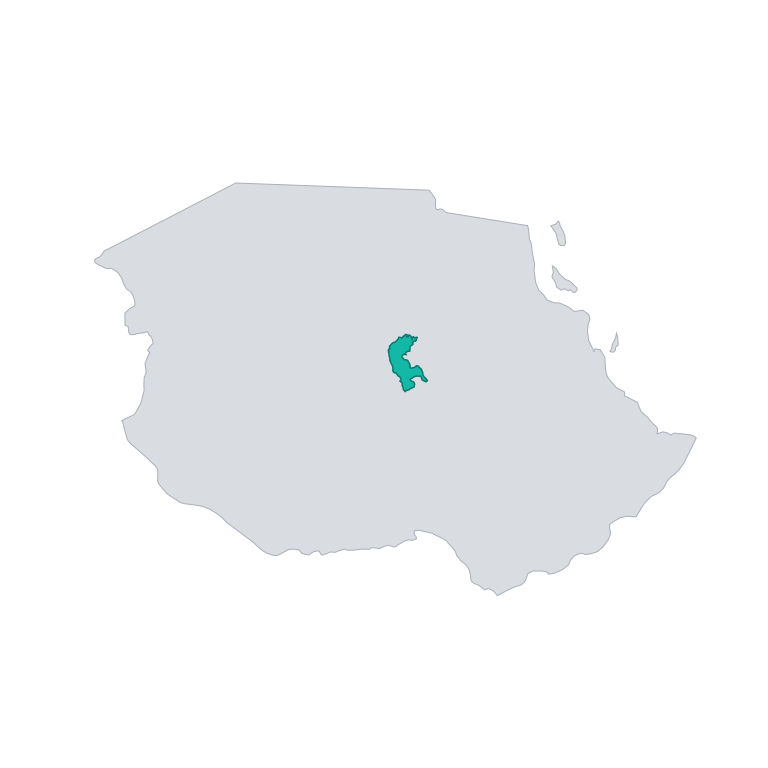 location of Bahi, Dodoma, United Republic of Tanzania, rotated 333°
{"feature_id": "72390352B69303654086019", "entity_name": "Bahi", "entity_type": "district", "adm_level": 2, "iso_a3": "TZA", "parent_name": "United Republic of Tanzania", "parent_adm1": "Dodoma", "projection": "orthographic", "projection_center": [35.527, -6.167], "detail": "fine", "context": "in_parent", "style": "filled", "palette": "teal", "viewbox_px": 768, "rotation_deg": 333, "n_neighbors": 0, "source": "geoboundaries", "source_scale": "gbopen_adm2", "svg_char_len": 8900}
<svg xmlns="http://www.w3.org/2000/svg" viewBox="0 0 768 768"><g transform="rotate(333 384 384)"><path d="M296.0,524.6L288.5,520.7L281.8,518.4L276.3,515.7L273.8,513.2L268.6,512.2L264.1,511.8L260.0,509.4L251.5,508.6L250.5,507.0L250.3,503.4L248.8,502.5L245.7,501.6L242.4,501.7L240.4,502.2L239.2,502.0L236.4,499.9L233.8,497.3L232.8,493.0L228.9,490.3L224.4,488.2L211.9,488.5L210.0,487.9L207.0,485.8L203.5,482.3L200.6,478.2L198.1,472.7L195.5,465.3L180.9,435.8L179.3,430.2L176.5,424.0L171.8,416.4L166.9,410.8L160.3,405.7L152.8,400.7L148.7,397.3L140.9,383.4L139.2,376.9L137.9,370.1L138.4,367.4L143.1,358.6L143.6,356.2L143.0,352.9L140.5,345.9L137.4,337.5L131.2,322.2L130.3,318.4L130.3,315.5L133.8,299.8L133.7,297.6L148.1,297.8L158.5,290.8L167.6,280.5L169.4,276.2L173.1,269.6L176.7,266.3L178.1,264.1L180.2,257.5L185.0,253.0L189.6,249.6L188.6,247.2L189.3,246.3L191.9,244.6L196.8,242.9L197.8,239.5L197.8,235.6L196.9,233.5L197.1,231.0L196.3,229.6L193.1,229.3L188.2,227.4L184.1,226.6L181.4,225.5L180.4,224.7L180.0,222.3L182.2,216.4L179.9,214.0L184.9,204.0L185.8,202.8L187.6,202.6L190.5,201.6L193.2,201.1L195.4,201.4L197.0,201.0L198.4,199.9L199.6,196.5L200.6,190.9L200.0,186.3L197.9,182.8L197.4,177.5L198.3,170.2L197.6,164.2L195.3,159.5L192.9,156.7L189.3,155.3L183.6,148.1L181.8,144.6L182.1,142.4L184.1,141.4L187.7,141.7L191.1,140.8L194.3,138.8L197.4,138.2L199.0,138.5L343.1,137.6L511.8,231.6L512.5,232.7L513.8,240.8L513.5,243.6L510.9,248.2L510.1,250.7L510.1,252.4L510.7,253.0L512.9,253.3L514.8,254.4L515.5,255.3L516.9,258.8L518.7,260.6L582.5,307.1L583.9,307.8L583.0,311.7L579.3,321.0L579.1,324.9L577.7,329.5L576.3,332.6L572.5,345.8L569.4,350.7L565.2,362.3L564.5,371.1L566.7,377.3L567.5,383.2L572.4,388.9L576.3,391.0L579.0,393.6L583.6,399.6L586.3,405.6L594.7,408.6L598.0,415.3L596.7,419.9L592.8,423.7L589.1,429.8L586.1,437.9L585.9,450.4L587.9,448.5L592.3,451.6L592.8,460.7L588.1,471.3L586.6,476.3L586.4,480.6L589.6,493.3L594.5,499.9L594.2,501.9L592.8,503.6L601.3,515.1L600.5,525.1L603.6,532.9L605.0,539.6L607.0,544.8L607.4,548.4L604.7,552.3L610.9,553.3L614.6,556.6L616.3,559.7L620.8,559.6L623.2,561.7L626.7,563.5L634.4,568.8L636.5,571.4L637.7,573.9L616.1,590.1L608.3,594.2L602.7,596.1L596.8,597.2L591.1,599.7L585.8,603.7L579.0,605.7L570.7,605.6L562.0,608.4L548.2,616.8L540.3,612.1L534.0,610.5L526.9,610.7L522.5,611.2L520.9,612.2L519.5,615.1L518.3,619.8L513.6,624.3L505.3,628.6L497.6,630.2L490.7,629.1L486.0,627.3L483.5,624.7L479.9,623.6L475.1,623.7L470.5,625.5L466.1,628.9L459.1,630.4L449.5,629.9L444.4,628.2L443.7,625.4L439.5,622.1L431.8,618.3L426.1,618.2L422.4,621.9L419.1,624.2L416.1,625.1L413.4,625.2L409.5,624.2L398.9,623.8L388.8,624.0L387.8,618.7L385.7,615.5L383.9,613.6L380.4,613.2L379.4,611.7L378.2,608.4L376.5,605.6L374.2,603.3L372.9,601.2L372.4,599.2L372.8,597.1L374.8,591.7L375.5,588.0L375.3,584.2L374.1,580.3L371.7,575.7L372.0,574.4L371.1,571.2L371.0,569.0L371.5,566.3L371.0,562.7L368.9,554.9L368.9,553.0L366.7,549.2L360.0,540.4L359.7,539.3L349.1,530.4L344.8,528.4L343.3,530.1L342.8,531.7L343.2,534.5L343.0,535.9L342.5,536.6L340.0,536.5L338.5,536.2L334.5,533.8L331.3,533.2L323.6,533.7L320.9,534.2L318.8,533.7L314.7,529.6L309.9,528.8L305.6,528.6L298.4,524.0L296.0,524.6ZM596.0,376.1L599.5,386.0L599.0,387.8L596.5,388.9L595.2,389.0L593.7,387.4L592.7,384.1L590.8,384.9L587.6,380.9L584.4,380.7L581.7,375.9L582.8,371.8L582.2,364.8L585.7,361.3L587.6,355.2L589.8,359.4L590.3,365.8L593.2,373.4L596.0,376.1ZM613.3,317.9L613.6,320.2L612.8,322.4L612.9,329.3L612.6,333.9L610.0,340.3L607.8,342.6L605.9,341.9L604.4,340.8L603.2,339.1L605.7,327.4L604.5,318.7L609.4,319.6L613.3,317.9ZM605.1,459.2L602.6,459.8L601.7,459.2L600.2,457.3L602.8,455.7L605.4,452.5L611.4,447.9L614.2,444.2L613.7,447.8L610.3,455.7L607.4,456.2L605.1,459.2Z" fill="#d9dde1" stroke="#a8b0b8" stroke-width="1"/><path d="M423.0,350.3L422.7,350.4L422.3,350.5L422.0,350.5L421.8,350.6L421.1,351.0L420.9,351.2L420.7,351.1L420.4,350.8L420.2,350.5L420.1,350.4L419.7,350.0L419.3,349.6L418.9,349.4L418.6,349.1L418.4,349.1L417.7,349.7L417.2,350.1L415.8,350.9L415.4,351.0L414.4,351.3L413.9,351.4L413.3,351.6L413.2,351.7L412.9,351.7L412.1,351.9L411.6,351.4L410.7,351.3L410.3,351.4L409.3,351.6L409.0,351.8L408.6,351.9L408.1,352.1L407.8,352.2L407.5,352.3L407.3,352.4L406.9,352.6L406.6,352.6L406.4,352.8L406.2,352.8L406.1,353.1L405.9,353.2L405.9,353.4L405.9,353.5L405.7,353.7L405.7,353.9L405.7,354.1L405.6,354.3L405.4,354.3L405.2,354.5L404.9,354.7L405.0,354.8L404.9,354.8L404.7,354.9L404.7,355.0L404.6,355.3L404.4,355.3L404.3,355.2L404.1,355.3L404.1,355.2L404.0,355.4L403.9,355.4L403.7,355.4L403.7,355.5L403.7,355.8L403.4,356.1L403.0,356.3L403.0,356.5L403.0,356.9L402.8,356.9L402.6,357.2L402.5,357.7L402.5,357.9L402.3,358.3L402.3,358.6L402.2,359.1L402.1,359.9L402.1,360.0L401.9,360.3L401.8,360.5L401.5,360.8L401.4,361.0L401.2,362.3L401.1,362.7L400.9,363.0L400.6,364.2L400.5,364.6L400.4,364.8L400.4,365.0L400.2,365.2L400.1,365.3L399.9,365.6L399.9,366.5L399.9,367.0L399.9,367.3L399.9,367.5L399.8,368.6L399.7,370.6L399.7,371.7L399.7,372.1L399.7,372.4L399.4,373.1L399.1,373.9L398.6,374.8L398.3,375.4L397.9,375.9L397.9,376.0L397.8,376.9L397.8,377.1L397.9,377.5L398.0,377.8L398.1,378.3L398.3,378.6L398.7,378.9L398.7,379.0L399.2,379.1L399.3,379.1L399.5,379.2L399.5,379.4L399.5,379.8L399.8,380.4L399.9,380.8L400.0,381.1L400.0,381.6L400.0,381.9L400.1,382.5L400.3,383.3L400.6,383.5L400.7,383.8L400.8,384.3L401.0,384.5L401.3,384.8L401.5,385.1L401.4,385.6L401.4,386.3L401.4,386.9L401.4,387.4L401.3,387.6L401.2,387.8L400.5,388.1L399.9,388.4L399.7,388.5L399.5,388.9L399.8,389.4L400.3,390.5L400.7,391.2L400.7,391.4L400.6,391.8L400.4,392.0L400.0,392.5L399.9,392.7L399.7,393.0L399.4,394.3L399.4,394.5L399.5,395.2L399.5,395.5L399.5,395.9L399.2,396.5L398.8,397.3L398.7,397.6L398.7,397.9L398.7,398.0L399.1,398.9L399.4,400.4L400.3,400.2L401.4,399.9L402.0,400.2L402.7,400.2L403.2,400.5L404.2,400.4L404.5,400.3L404.7,400.2L405.7,400.1L407.9,400.3L408.4,400.3L409.3,400.4L409.9,399.8L410.1,399.6L410.5,399.0L410.9,398.3L411.2,397.9L411.4,397.6L411.4,397.1L411.4,396.5L411.4,396.0L411.4,395.7L411.1,395.3L410.5,394.9L410.1,394.1L409.8,393.8L409.5,393.5L409.4,393.3L409.4,393.1L409.4,392.8L409.4,392.5L409.4,392.2L409.4,391.7L409.5,391.6L410.2,391.6L410.8,391.5L411.0,391.5L411.4,391.6L411.9,391.6L412.4,391.4L413.2,391.4L413.4,391.3L413.8,391.3L414.1,391.3L415.1,391.4L415.9,391.6L416.7,391.8L416.9,391.9L417.3,392.1L419.2,393.2L420.0,393.5L420.3,393.7L420.5,394.0L420.3,394.7L420.1,395.6L420.0,395.9L420.1,396.5L419.8,397.3L419.8,397.5L419.9,397.8L420.4,398.5L420.6,398.7L420.7,398.9L421.5,399.7L421.8,400.4L422.1,400.6L422.3,400.9L422.8,401.1L423.3,401.1L423.5,401.0L424.3,400.4L424.0,399.7L423.8,399.1L423.8,398.8L423.9,398.2L423.7,397.6L423.4,396.8L423.3,396.5L422.9,395.6L422.9,394.7L422.7,394.1L423.0,393.2L423.6,391.8L423.7,391.3L423.7,390.8L423.7,389.7L423.8,389.4L424.1,387.8L424.0,387.7L423.7,387.5L423.6,387.3L423.5,386.7L423.4,386.3L422.9,384.9L422.9,384.4L422.9,384.0L421.8,382.8L421.6,382.7L421.0,382.4L420.8,382.6L420.5,382.9L419.8,382.9L419.0,383.0L418.3,383.0L417.9,383.0L415.8,382.2L415.4,382.0L414.9,381.7L414.7,381.5L414.6,381.4L414.7,380.4L414.8,380.4L415.0,380.4L415.4,380.1L415.5,379.6L415.9,378.7L415.9,378.3L416.0,377.0L416.0,376.8L415.9,376.5L415.7,375.8L415.7,375.6L415.7,375.0L415.7,374.8L415.7,374.7L415.9,374.4L415.9,374.0L415.6,373.6L415.4,373.3L415.2,373.2L414.9,372.8L414.8,372.7L414.7,372.5L414.4,372.2L414.0,372.1L413.8,372.1L413.4,371.7L413.2,371.5L413.1,371.4L413.0,371.2L412.8,370.5L412.6,369.3L412.4,368.8L412.4,368.6L412.2,368.4L412.2,368.2L412.3,367.8L412.5,367.5L412.6,367.4L413.1,367.0L413.4,367.0L413.7,366.9L414.5,366.7L415.2,366.7L415.4,366.7L416.4,367.4L416.5,367.4L417.0,367.7L416.8,366.6L417.3,366.2L417.8,365.8L418.6,365.8L420.1,365.6L421.7,366.5L422.4,365.7L422.9,364.6L423.1,364.6L423.2,364.4L423.4,363.8L423.5,363.5L423.8,363.1L424.0,362.6L424.2,362.3L424.4,362.2L424.6,362.1L425.3,362.1L426.4,362.0L426.8,362.0L428.1,361.6L428.2,360.3L428.3,360.0L429.2,359.9L429.3,359.7L429.9,359.5L430.5,359.7L430.9,360.0L431.4,360.1L431.8,360.0L432.0,359.9L432.7,359.7L433.0,359.1L433.4,358.7L433.6,358.4L433.9,358.2L434.5,357.9L434.7,357.6L434.5,357.3L434.4,357.2L434.0,357.1L433.6,357.0L433.1,356.9L432.5,356.8L432.3,356.7L432.1,356.4L431.9,356.2L431.7,355.3L431.5,355.2L431.4,355.2L431.2,355.2L431.0,355.3L430.8,355.4L430.7,355.6L430.2,355.9L429.6,356.5L429.3,356.8L429.3,356.2L429.4,355.4L429.6,354.7L429.7,354.3L429.5,353.4L429.4,353.1L429.3,352.7L429.2,352.3L428.9,352.0L428.5,351.7L428.4,351.8L428.2,351.8L427.6,352.5L427.4,352.6L427.1,352.7L426.8,352.8L426.7,352.8L426.4,352.7L426.1,352.4L425.8,352.3L425.7,352.1L425.7,351.9L425.8,351.7L426.4,351.3L426.6,351.1L426.9,350.8L427.0,350.5L426.9,350.4L426.7,350.3L426.3,350.3L426.1,350.3L425.7,349.9L425.6,349.7L425.4,349.5L424.8,350.4L424.7,350.4L424.4,350.4L424.2,350.5L424.1,350.4L423.7,350.3L423.5,350.1L423.4,350.1L423.0,350.3Z" fill="#14b8a6" stroke="#0f766e" stroke-width="1.5"/></g></svg>